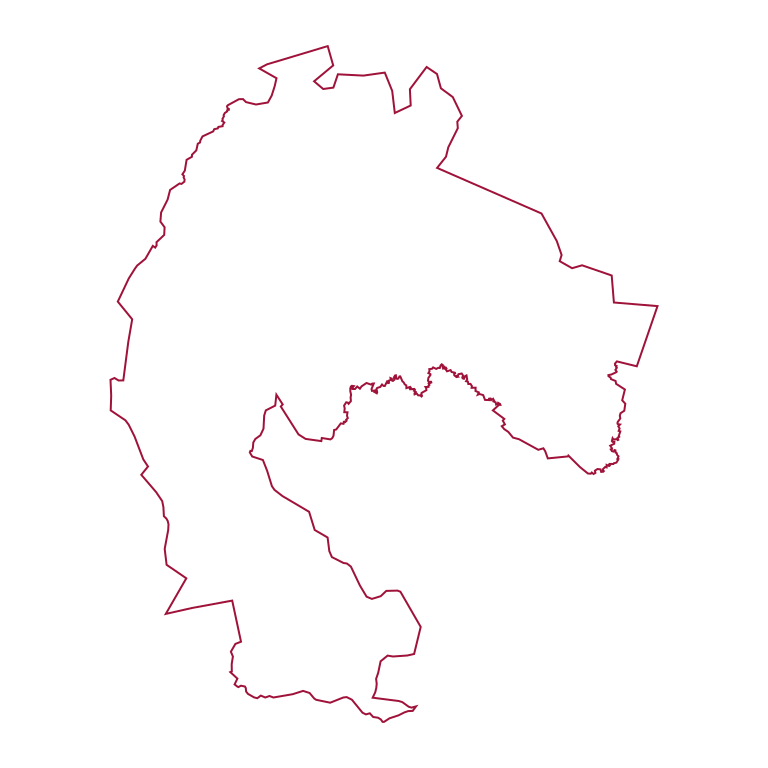 outline of Naukšēnu pag., Nauksenu, Latvia
{"feature_id": "27541924B92408320132351", "entity_name": "Naukšēnu pag.", "entity_type": "district", "adm_level": 2, "iso_a3": "LVA", "parent_name": "Latvia", "parent_adm1": "Nauksenu", "projection": "mercator", "projection_center": [25.545, 57.88], "detail": "fine", "context": "isolated", "style": "outline", "palette": "rose", "viewbox_px": 768, "rotation_deg": 0, "n_neighbors": 0, "source": "geoboundaries", "source_scale": "gbopen_adm2", "svg_char_len": 6106}
<svg xmlns="http://www.w3.org/2000/svg" viewBox="0 0 768 768"><path d="M657.5,306.1L613.9,302.5L611.7,275.5L582.1,265.3L572.1,268.2L559.7,261.2L561.6,255.0L556.8,241.1L541.5,213.5L437.1,167.9L446.0,156.7L448.3,147.3L457.8,128.2L457.3,121.7L461.9,115.9L452.8,97.1L440.9,88.3L437.0,74.0L426.6,67.0L409.9,89.2L410.7,105.5L394.8,113.0L392.2,90.9L384.8,72.6L363.4,75.6L337.9,74.3L333.4,87.6L323.2,89.0L314.1,81.3L333.2,65.4L327.7,46.1L267.1,64.3L259.2,68.4L276.5,78.2L274.7,86.1L271.7,95.6L267.9,102.5L256.0,104.5L246.0,102.1L243.0,99.1L238.9,99.2L227.7,105.3L227.0,106.3L227.6,108.3L228.9,109.0L228.8,109.8L227.5,109.9L227.1,110.3L227.2,111.4L224.8,113.0L223.6,115.2L223.9,116.4L222.5,118.8L222.7,120.3L222.1,121.0L224.3,122.5L222.6,125.1L222.6,126.2L218.4,126.9L217.8,128.4L214.2,129.2L213.2,131.4L202.5,136.4L200.3,140.6L200.0,142.5L197.8,143.7L196.3,150.4L192.0,154.7L191.9,156.8L186.6,159.8L184.8,170.7L182.4,174.3L184.0,176.0L183.6,177.4L184.6,179.4L184.4,181.6L181.5,183.9L179.5,183.5L170.1,189.9L167.6,199.6L161.1,212.5L160.4,221.6L164.6,227.3L164.2,234.9L156.5,242.2L156.6,245.4L155.2,247.6L152.8,245.9L145.4,258.8L137.2,265.5L134.9,268.7L128.8,278.4L117.8,301.6L132.2,319.3L128.3,341.8L123.3,380.4L118.6,380.5L114.5,378.0L110.5,379.8L111.2,395.6L110.7,410.4L125.4,420.3L128.7,424.7L134.6,436.6L143.3,459.4L148.0,466.5L141.3,474.8L156.2,492.2L162.2,501.1L163.4,507.1L163.9,516.2L166.4,518.6L167.7,520.9L168.5,524.3L168.2,530.0L164.7,548.9L166.6,564.8L186.3,578.3L165.8,613.9L191.9,608.0L232.2,600.6L241.0,641.7L235.4,643.9L230.9,651.7L232.9,656.5L231.7,664.1L231.8,671.4L230.3,672.1L237.4,678.6L234.6,684.4L237.1,686.4L238.4,687.1L240.9,685.7L244.9,686.5L245.8,688.1L246.1,691.5L248.0,693.9L254.1,697.4L257.3,698.2L260.8,695.6L265.3,697.5L269.5,696.0L273.4,697.5L292.7,694.2L303.1,690.9L309.6,693.0L314.3,698.6L316.2,699.8L330.2,702.7L343.3,697.5L346.7,697.1L351.9,699.7L362.5,712.7L365.9,714.4L369.8,713.3L373.2,717.0L378.0,717.7L380.8,719.4L382.6,721.9L384.0,721.9L389.5,718.3L398.4,715.4L404.4,712.4L408.2,711.1L412.7,710.9L416.0,706.4L411.6,707.6L408.8,706.8L402.3,702.1L398.7,701.0L372.7,697.7L375.3,692.1L376.3,687.8L376.7,683.6L376.1,678.9L378.2,672.8L380.6,661.3L387.6,655.6L393.0,656.5L407.3,655.5L414.1,654.0L420.7,626.9L400.4,591.7L397.5,590.6L386.3,590.9L380.7,596.2L371.9,598.9L366.6,596.7L359.9,585.5L350.9,566.6L346.9,563.5L343.5,563.0L331.9,557.1L329.3,551.1L327.6,537.5L314.7,530.0L309.1,511.8L282.5,496.1L274.4,489.8L271.9,486.1L267.1,470.7L262.9,460.0L252.2,456.5L249.8,452.4L250.4,450.9L251.8,451.1L252.9,447.8L253.3,442.5L255.3,439.0L260.4,435.3L263.5,428.7L264.2,415.5L265.8,410.4L275.2,405.6L276.4,394.7L282.7,404.4L280.8,406.5L298.5,434.4L305.6,438.9L321.3,441.1L321.8,438.0L330.4,439.4L332.1,438.3L333.5,435.8L334.1,430.0L336.2,429.5L340.8,423.4L343.5,423.8L343.8,422.5L344.6,422.3L344.2,421.7L346.1,421.3L346.6,420.7L346.2,419.7L347.8,418.1L347.0,415.8L347.5,412.3L344.3,412.2L344.7,408.4L344.1,405.6L346.2,402.3L347.7,402.6L348.6,403.8L350.9,401.1L350.6,397.3L351.1,394.8L350.3,391.4L350.3,388.3L350.9,386.5L351.9,385.8L353.8,386.1L351.8,388.6L352.6,389.0L355.0,389.0L357.2,386.5L359.9,388.7L361.5,386.4L366.5,383.0L371.1,384.6L372.2,383.6L373.8,383.5L371.5,389.1L372.0,390.9L375.6,390.3L375.6,391.5L374.7,392.1L376.8,393.3L377.2,392.3L376.5,389.0L377.2,387.9L380.2,387.0L382.0,384.5L383.5,385.9L384.8,386.0L386.9,381.8L388.0,383.1L388.8,383.0L389.0,382.1L388.5,380.8L390.8,379.9L390.5,378.1L391.7,378.6L392.2,380.7L392.9,380.9L394.5,379.6L394.7,379.0L394.2,378.5L394.9,378.0L394.0,377.2L395.0,375.5L395.9,375.3L396.4,378.3L397.1,378.9L398.3,378.6L399.5,376.4L400.3,376.4L402.4,381.3L403.7,382.4L404.7,384.3L406.3,385.4L406.4,388.1L410.2,386.9L410.8,387.8L409.8,388.7L410.1,389.3L414.3,388.9L414.9,389.8L414.0,390.8L415.6,391.8L414.5,393.3L414.6,394.3L416.6,393.4L418.1,395.3L420.2,395.4L421.5,396.5L422.0,395.9L421.3,394.0L421.6,392.9L426.4,390.2L426.3,388.5L425.5,387.0L428.5,386.9L428.5,385.7L429.4,385.0L428.7,383.7L431.3,382.5L431.1,381.8L428.6,381.8L428.0,380.6L428.4,377.9L430.5,374.9L430.4,374.1L428.4,373.1L429.5,371.3L429.3,369.1L432.0,368.8L433.1,367.4L436.2,368.9L438.3,367.8L439.8,368.0L440.6,365.4L441.7,364.3L443.0,365.3L442.5,366.1L443.1,368.6L443.9,368.4L443.6,367.3L444.4,366.9L444.9,368.4L445.9,367.7L446.5,368.6L445.8,369.5L447.0,371.3L450.6,370.1L451.6,372.0L454.9,372.7L455.1,373.3L454.2,373.9L454.3,375.3L456.5,377.1L457.8,376.8L456.6,375.9L458.0,375.4L458.5,374.2L461.7,373.5L463.2,375.8L462.3,377.3L462.6,378.3L463.9,378.8L465.3,376.0L466.5,375.4L467.2,379.3L466.1,381.2L467.9,381.6L468.3,384.0L470.5,383.9L471.9,386.1L471.6,387.8L475.6,387.7L475.5,391.0L478.8,392.4L477.8,394.7L479.5,394.0L483.2,395.1L485.0,399.9L489.3,400.1L488.8,399.5L489.0,398.7L490.6,398.5L491.9,399.9L493.1,398.8L494.2,400.8L493.6,401.5L495.6,402.3L496.1,404.4L497.0,403.8L498.0,404.4L498.2,402.9L500.0,403.9L500.4,404.9L498.9,404.9L492.9,410.4L504.3,418.9L502.8,420.6L504.9,424.4L501.8,426.2L504.2,429.1L508.3,431.9L513.0,437.6L519.0,439.2L538.3,449.8L543.4,448.3L545.2,451.2L547.8,458.4L568.1,456.4L568.4,455.6L580.0,467.1L587.9,473.5L590.8,473.7L591.8,472.5L593.5,474.0L595.4,472.9L594.9,470.7L597.5,469.0L600.5,469.4L601.2,471.9L603.3,471.7L603.8,471.1L602.9,470.3L602.9,469.2L605.1,467.0L606.6,467.4L606.6,464.9L609.1,466.0L609.7,465.6L608.8,464.8L609.5,463.9L613.4,464.0L613.8,463.3L616.4,462.6L618.1,459.9L618.4,459.1L617.4,458.9L618.5,456.3L617.2,455.0L616.6,453.0L615.7,452.7L615.4,450.3L614.6,450.1L613.6,451.6L611.9,451.1L610.8,449.4L612.1,448.9L611.8,448.0L610.2,445.7L614.2,443.8L614.4,441.8L612.6,441.9L611.9,441.1L612.6,438.2L613.5,439.5L616.7,439.1L617.7,440.1L618.3,439.8L617.5,438.0L619.2,436.8L618.7,436.2L620.3,431.4L618.7,430.9L619.6,428.5L618.3,426.3L620.0,424.5L618.0,424.2L617.5,423.7L617.6,422.2L620.3,418.4L619.8,415.8L620.5,413.3L624.3,410.7L625.3,403.7L622.2,400.3L624.9,389.5L616.1,383.8L615.6,381.0L611.0,379.1L610.6,377.6L608.5,376.2L608.4,375.1L611.4,374.5L616.5,372.1L616.7,371.6L615.4,369.9L616.8,367.8L616.0,366.9L616.6,366.0L615.1,365.2L615.0,363.6L616.9,361.4L636.8,366.3L657.5,306.1Z" fill="none" stroke="#9f1239" stroke-width="2"/></svg>